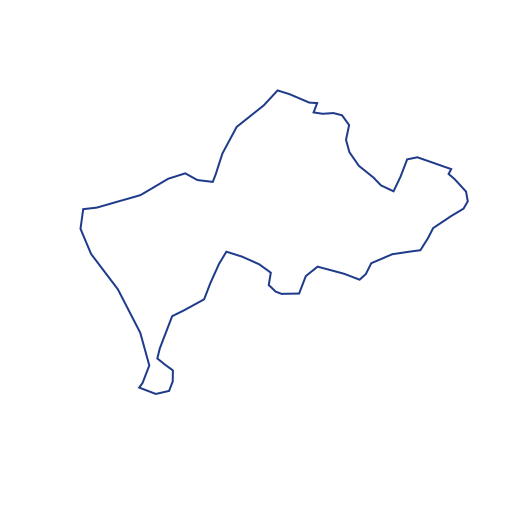 an SVG outline of Brvenica, rotated 111°
{"feature_id": "MKD-2961", "entity_name": "Brvenica", "entity_type": "Statistical Region", "adm_level": 1, "iso_a3": "MKD", "parent_name": "North Macedonia", "parent_adm1": "", "projection": "albers", "projection_center": [21.041, 41.872], "detail": "fine", "context": "isolated", "style": "outline", "palette": "blue", "viewbox_px": 512, "rotation_deg": 111, "n_neighbors": 0, "source": "natural_earth", "source_scale": "10m", "svg_char_len": 1125}
<svg xmlns="http://www.w3.org/2000/svg" viewBox="0 0 512 512"><g transform="rotate(111 256 256)"><path d="M191.7,104.6L196.3,113.1L205.5,129.4L221.4,145.8L233.5,147.0L241.0,150.8L241.0,167.2L243.9,194.7L256.9,202.3L267.2,202.3L275.6,202.3L282.2,218.6L282.2,224.9L278.5,233.7L266.3,236.2L262.6,250.0L261.6,268.8L262.6,285.2L276.6,287.7L298.2,288.9L315.0,288.9L332.8,304.0L342.2,312.7L358.1,312.7L376.7,312.7L387.0,311.4L389.9,302.6L392.6,292.6L402.9,288.8L413.1,288.8L420.7,300.1L420.7,317.9L415.1,316.4L396.4,316.4L369.2,336.5L336.6,373.0L313.2,410.7L293.5,429.6L274.2,434.1L267.9,422.0L255.6,405.7L240.6,385.7L215.3,365.6L204.2,351.7L206.1,337.9L202.3,322.9L193.9,322.9L172.4,324.1L142.4,320.3L112.5,302.7L101.8,298.4L93.7,295.2L92.9,282.6L93.7,261.2L91.3,253.7L99.4,253.7L101.3,253.7L99.4,244.9L94.8,234.9L93.8,226.1L100.4,216.0L115.3,213.6L125.6,206.0L135.0,192.2L140.6,174.6L145.3,164.6L146.3,150.8L130.4,149.5L111.6,149.5L106.0,140.7L105.2,113.1L104.9,104.9L110.4,105.6L113.1,98.0L120.6,83.0L129.0,77.9L137.4,79.2L148.6,88.0L166.4,100.6L177.5,101.8L191.7,104.6Z" fill="none" stroke="#1e3a8a" stroke-width="2"/></g></svg>